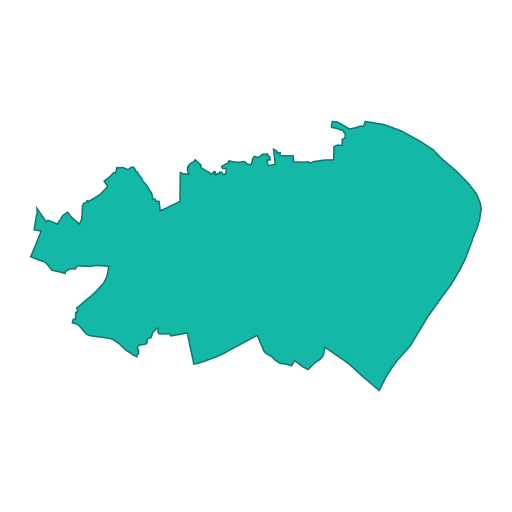 the district of Hoang Mai, Ha Noi, Vietnam
{"feature_id": "81297802B90742047749751", "entity_name": "Hoang Mai", "entity_type": "district", "adm_level": 2, "iso_a3": "VNM", "parent_name": "Vietnam", "parent_adm1": "Ha Noi", "projection": "albers", "projection_center": [105.847, 20.974], "detail": "fine", "context": "isolated", "style": "filled", "palette": "teal", "viewbox_px": 512, "rotation_deg": 0, "n_neighbors": 0, "source": "geoboundaries", "source_scale": "gbopen_adm2", "svg_char_len": 5361}
<svg xmlns="http://www.w3.org/2000/svg" viewBox="0 0 512 512"><path d="M442.5,159.4L433.1,149.8L419.5,140.9L401.3,130.9L383.9,124.5L365.2,121.5L363.5,126.4L362.6,126.2L361.3,126.1L360.7,126.0L360.1,126.2L359.8,126.3L357.4,127.1L356.5,127.5L353.0,128.3L351.4,128.7L350.1,128.9L349.6,128.9L348.1,128.2L342.7,125.0L338.4,122.5L337.4,122.0L335.8,121.8L332.9,121.6L332.3,121.5L332.1,122.4L332.0,122.9L331.7,124.1L331.4,125.7L331.4,126.4L331.5,127.0L331.7,127.3L332.1,127.5L333.5,127.8L335.8,128.2L336.9,128.5L337.7,128.7L338.2,129.0L339.0,129.2L339.3,129.5L339.9,129.6L340.6,129.9L341.6,130.0L342.5,130.3L343.7,131.1L343.6,132.1L344.9,133.2L345.1,133.3L345.2,134.9L345.2,135.7L345.0,138.1L342.6,139.1L342.1,139.9L342.4,145.3L337.0,145.2L336.1,145.6L333.9,146.8L333.9,150.8L333.6,158.9L333.6,159.9L325.2,160.0L321.5,160.4L316.6,161.2L314.2,161.5L309.6,163.2L308.5,161.9L303.2,162.1L297.7,162.1L295.2,162.1L293.4,162.0L293.2,155.8L290.4,155.8L287.1,155.7L285.0,155.8L284.3,155.7L280.1,155.6L280.1,153.6L280.2,152.8L277.0,153.0L277.1,151.2L273.5,149.2L274.3,155.8L275.2,164.3L268.3,165.6L268.0,164.8L267.6,163.4L267.1,161.0L266.9,160.1L267.5,160.1L267.4,160.0L270.2,159.8L269.7,156.6L268.3,156.4L267.5,153.9L265.4,154.2L265.2,154.3L264.5,154.1L263.0,154.1L261.8,154.9L259.4,156.8L257.5,157.6L256.7,157.1L254.9,156.4L253.9,156.8L252.9,158.5L251.3,164.5L248.6,164.4L247.6,164.3L247.0,163.9L246.4,163.1L244.8,162.0L244.0,161.6L243.1,161.6L240.2,162.2L237.3,162.2L233.2,161.9L229.0,160.8L228.6,162.5L221.7,166.4L222.6,168.6L226.1,168.5L226.1,172.7L225.1,173.8L224.0,174.6L222.7,174.0L221.8,172.5L221.5,172.1L221.0,172.0L220.0,172.0L219.9,172.2L219.5,173.0L219.5,173.8L219.2,174.0L218.4,173.9L217.6,173.4L215.8,175.2L214.5,173.8L215.1,173.1L215.3,172.5L215.3,172.2L215.1,171.8L214.2,171.6L213.3,172.4L211.6,174.2L211.2,174.2L210.4,173.6L209.3,172.4L208.1,172.0L202.7,168.8L200.6,167.1L201.1,165.2L195.2,159.8L193.9,161.3L192.8,162.2L189.7,164.1L189.1,164.9L188.5,165.6L187.8,167.1L187.5,168.5L187.5,169.7L187.7,171.0L188.2,172.2L189.1,174.1L182.5,173.8L182.1,173.4L181.8,173.0L181.1,172.7L180.3,172.6L180.2,179.5L180.1,188.6L179.9,201.4L179.6,201.5L178.3,202.2L175.5,203.7L173.8,204.5L171.1,205.7L168.8,206.8L168.5,207.0L166.7,207.9L164.4,209.0L160.9,210.4L160.2,210.6L159.1,201.4L155.6,201.1L155.2,199.2L152.6,198.9L152.4,195.9L151.9,194.2L151.2,192.5L149.8,190.6L149.2,189.5L148.6,188.5L147.4,186.7L145.8,184.1L144.9,183.6L144.1,182.5L142.5,180.5L142.0,178.9L141.8,178.2L141.3,177.9L138.6,174.5L137.4,172.3L137.0,171.7L136.7,171.6L136.3,171.5L135.9,171.5L134.5,168.3L133.5,167.2L131.2,167.3L129.3,168.9L128.1,169.3L126.9,169.3L125.5,168.7L123.4,167.6L122.2,167.6L120.2,167.7L116.8,167.6L116.6,168.4L116.5,169.4L116.3,170.2L115.5,173.0L113.8,172.5L110.2,176.5L104.1,181.2L107.3,185.7L107.5,186.2L107.4,186.7L106.9,187.5L105.2,189.1L101.9,192.7L100.3,194.4L88.3,201.7L88.0,201.3L87.8,200.6L86.9,200.9L87.2,201.8L86.1,202.3L83.5,203.6L83.3,204.2L82.4,206.0L82.3,209.0L82.1,213.7L82.0,215.7L81.6,218.6L81.0,221.0L80.1,222.7L79.3,223.9L77.2,222.2L72.3,217.9L70.9,216.5L67.8,212.5L67.6,212.2L65.0,213.9L63.1,215.4L62.4,216.1L61.2,218.1L60.5,219.2L60.0,219.9L59.5,220.7L59.3,221.0L58.4,222.5L57.8,223.6L57.5,224.1L48.0,220.3L47.3,220.9L46.2,221.7L41.2,214.6L37.0,208.4L37.3,214.5L36.6,214.8L34.4,228.1L34.0,229.8L41.2,231.1L33.3,250.5L30.7,256.8L33.5,257.9L37.5,259.5L43.2,261.4L45.6,262.6L48.1,265.4L51.8,270.2L60.4,272.1L65.1,273.5L65.7,271.2L67.7,270.2L69.9,268.8L75.4,269.0L76.8,266.6L77.6,265.8L82.4,266.1L89.9,266.3L96.4,265.5L102.8,265.8L106.4,266.1L108.6,266.3L108.3,269.3L108.1,271.1L107.4,274.1L106.4,277.4L105.3,280.0L103.4,283.4L100.1,287.0L95.7,291.8L89.5,297.4L84.6,301.3L80.8,304.8L76.6,308.0L77.5,309.8L77.8,311.6L77.1,311.9L75.8,312.3L75.6,313.2L75.6,315.0L75.7,318.2L75.3,319.2L73.6,319.2L73.3,319.4L72.6,321.3L72.4,322.9L76.0,323.7L78.4,325.0L80.1,326.8L85.3,332.9L86.9,334.4L88.7,335.2L91.0,335.8L92.0,336.0L95.8,336.5L103.7,337.5L110.4,338.6L112.7,339.4L118.8,343.4L126.4,350.5L132.6,354.6L136.8,356.8L137.0,355.8L137.1,354.9L137.8,354.4L138.3,354.0L138.5,353.4L138.6,351.4L138.4,349.6L137.6,349.0L137.2,348.2L137.2,347.3L137.6,346.8L138.9,345.4L141.0,344.8L144.1,344.4L146.2,343.8L147.0,343.0L147.2,340.5L147.2,339.3L147.8,338.7L149.6,338.3L151.2,337.2L152.0,335.1L152.8,332.0L154.1,331.3L155.4,329.9L156.7,328.4L157.6,328.2L158.0,328.3L158.0,329.0L158.0,331.3L158.3,333.2L158.9,333.7L159.8,333.9L161.9,333.9L166.3,333.9L168.6,333.7L169.5,333.8L170.8,335.9L172.2,335.7L187.3,333.0L187.8,335.3L188.8,339.8L189.8,345.4L191.8,354.4L193.1,360.3L193.6,363.5L193.6,364.0L195.9,363.8L198.5,363.2L204.1,361.3L206.4,360.5L215.6,357.1L222.9,353.9L233.1,348.3L241.6,343.7L257.3,335.3L259.3,340.5L260.2,342.6L261.4,344.9L262.6,347.9L263.4,350.3L265.4,353.0L267.6,354.4L271.9,356.7L272.6,357.5L273.5,358.5L274.4,359.6L278.6,362.5L280.4,363.5L283.4,363.7L288.8,364.9L291.6,365.8L294.7,360.5L299.3,364.1L303.1,366.9L308.0,369.6L314.8,362.8L320.0,359.4L322.5,356.6L323.4,354.9L324.0,352.1L324.9,347.2L345.3,361.3L349.2,364.2L356.1,370.5L362.5,376.3L379.2,390.5L385.3,378.3L390.5,369.8L397.3,360.4L410.3,345.8L411.6,343.6L428.1,316.3L439.8,299.9L451.3,284.3L460.6,268.4L465.6,258.1L472.0,241.0L473.0,237.4L476.7,229.1L479.5,220.0L481.3,208.7L480.0,202.3L479.7,201.5L476.2,193.5L467.8,182.8L455.5,170.3L442.5,159.4Z" fill="#14b8a6" stroke="#0f766e" stroke-width="1.5"/></svg>